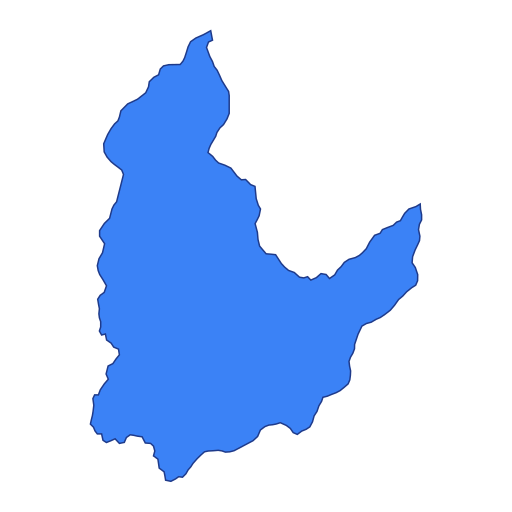 the district of Nova Rosalândia, Tocantins, Brazil
{"feature_id": "56859067B9139796576235", "entity_name": "Nova Rosalândia", "entity_type": "district", "adm_level": 2, "iso_a3": "BRA", "parent_name": "Brazil", "parent_adm1": "Tocantins", "projection": "natural_earth1", "projection_center": [-48.963, -10.527], "detail": "fine", "context": "isolated", "style": "filled", "palette": "blue", "viewbox_px": 512, "rotation_deg": 0, "n_neighbors": 0, "source": "geoboundaries", "source_scale": "gbopen_adm2", "svg_char_len": 3343}
<svg xmlns="http://www.w3.org/2000/svg" viewBox="0 0 512 512"><path d="M234.1,450.7L253.0,440.7L257.6,436.5L260.4,430.0L264.9,426.6L268.8,425.1L272.7,424.7L276.2,424.0L280.3,422.7L286.3,425.4L290.3,428.4L293.2,432.6L297.3,434.4L301.7,431.1L306.1,429.3L309.8,426.9L312.5,421.8L314.1,415.9L317.0,411.4L318.9,405.8L321.6,401.3L322.9,397.3L327.3,396.2L331.6,394.4L336.1,392.7L340.1,390.6L344.3,387.2L348.1,383.9L349.8,379.9L350.4,375.3L350.6,370.9L349.6,366.3L349.0,361.4L350.5,357.2L352.8,353.3L354.5,348.8L354.6,344.4L356.3,339.4L358.0,334.3L360.0,330.1L361.9,326.1L366.4,323.5L371.2,322.2L376.1,319.3L380.3,317.5L385.0,314.3L390.3,310.2L394.5,305.3L398.6,299.5L402.8,296.0L406.6,291.8L411.7,287.7L415.7,285.2L417.6,280.7L417.7,274.6L415.3,267.5L412.1,262.8L412.6,256.7L415.1,250.0L417.8,244.4L419.5,240.6L419.9,236.2L418.5,229.6L419.4,224.3L421.6,219.9L421.6,214.8L420.5,209.3L420.2,204.0L415.9,206.6L408.9,209.0L404.7,213.3L402.6,216.8L400.4,220.7L396.6,222.1L393.2,225.4L387.3,227.6L382.4,229.6L380.1,233.3L374.6,235.3L369.7,242.1L366.3,248.7L362.3,252.9L359.4,255.4L355.3,257.6L349.0,259.3L344.3,262.4L341.2,266.6L337.5,270.1L334.7,274.9L329.5,278.5L326.1,274.5L321.0,273.6L316.3,277.7L310.8,280.1L307.6,276.7L303.8,277.9L299.5,277.2L294.3,272.5L288.5,270.4L284.5,267.0L281.3,263.5L275.6,254.7L271.1,254.2L266.1,253.8L259.6,246.1L258.0,239.5L257.4,232.4L255.1,223.6L257.2,219.7L259.1,215.8L260.5,209.0L258.3,205.3L256.2,198.7L255.0,186.4L250.6,184.6L245.6,179.5L241.3,179.8L236.9,176.0L230.9,168.1L224.9,165.2L218.6,163.0L215.5,160.1L212.7,156.4L208.0,152.6L209.1,148.4L210.8,144.5L215.7,136.3L216.9,132.5L219.9,127.9L223.5,124.6L227.0,118.9L229.2,113.4L229.2,101.8L229.2,95.6L228.6,91.5L225.6,86.7L221.8,80.5L219.4,75.0L217.1,70.2L214.2,66.5L212.5,61.6L209.8,56.5L206.5,47.5L208.5,42.0L212.5,40.2L210.7,30.7L203.4,34.7L195.9,38.0L190.6,41.7L188.1,46.8L186.4,52.4L184.7,57.6L183.0,61.1L180.2,64.5L168.8,64.7L163.5,65.9L160.3,69.0L158.6,74.8L153.8,77.3L149.3,81.7L148.5,86.9L145.7,92.8L137.4,99.3L127.7,103.9L120.9,110.8L119.4,117.1L117.9,120.9L114.6,123.9L111.1,128.6L107.7,134.5L106.0,138.4L103.7,143.8L104.2,151.9L107.1,157.1L111.1,161.7L114.2,164.3L118.1,167.2L121.7,170.0L123.5,174.4L122.1,180.0L120.5,186.4L117.7,197.4L116.6,201.8L113.9,205.1L112.0,209.0L109.6,218.3L104.4,223.4L99.6,230.6L99.6,236.2L104.6,243.7L102.5,252.8L99.0,258.7L97.3,265.7L98.2,270.6L99.7,274.5L103.0,279.7L106.5,285.8L104.2,292.4L100.2,295.3L97.7,299.2L98.5,304.1L99.4,308.7L98.9,313.8L99.4,317.8L100.7,321.7L100.7,327.0L99.4,331.0L101.6,335.0L105.4,334.0L106.6,340.0L111.1,343.1L113.7,347.1L118.5,349.1L119.4,354.8L116.0,359.0L112.9,363.6L108.1,366.0L106.1,374.0L108.3,379.2L104.3,383.9L100.3,389.8L98.4,394.9L94.6,394.9L92.9,398.6L93.8,405.3L93.1,411.3L92.4,415.6L91.4,419.6L90.4,424.1L93.5,427.2L95.0,430.9L97.3,433.9L101.6,433.9L103.0,440.3L106.4,442.5L110.7,440.8L115.1,438.8L119.4,443.4L124.3,442.4L126.4,437.5L130.2,434.8L133.7,435.3L137.2,436.1L142.1,436.8L145.3,443.0L150.6,443.4L153.5,446.1L154.8,451.0L153.5,455.9L157.9,459.1L159.2,468.1L164.1,471.8L164.9,475.8L165.6,480.2L170.9,481.3L175.4,479.0L178.7,476.7L182.5,477.2L185.9,473.8L188.1,469.9L190.8,466.8L192.9,463.5L197.2,458.6L201.1,454.8L204.5,451.8L208.2,451.0L213.5,450.7L218.2,450.3L222.0,450.9L225.4,452.1L229.8,451.8L234.1,450.7Z" fill="#3b82f6" stroke="#1e3a8a" stroke-width="1.5"/></svg>